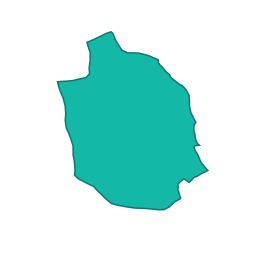 Isoko South, Delta, Nigeria (orthographic projection), rotated 312°
{"feature_id": "59680162B89324456878264", "entity_name": "Isoko South", "entity_type": "district", "adm_level": 2, "iso_a3": "NGA", "parent_name": "Nigeria", "parent_adm1": "Delta", "projection": "orthographic", "projection_center": [6.236, 5.389], "detail": "fine", "context": "isolated", "style": "filled", "palette": "teal", "viewbox_px": 256, "rotation_deg": 312, "n_neighbors": 0, "source": "geoboundaries", "source_scale": "gbopen_adm2", "svg_char_len": 1532}
<svg xmlns="http://www.w3.org/2000/svg" viewBox="0 0 256 256"><g transform="rotate(312 128 128)"><path d="M149.8,215.8L151.2,205.6L155.0,197.4L156.1,193.2L157.3,190.3L159.3,189.4L161.1,191.0L162.9,192.6L162.9,190.2L163.7,187.9L164.6,186.2L165.6,184.8L166.3,183.8L167.9,182.2L169.1,180.4L169.4,179.9L170.2,178.6L171.8,177.1L173.3,176.0L175.2,175.0L177.5,174.7L181.4,164.6L185.3,159.2L189.8,155.0L193.1,151.4L194.5,147.8L195.2,145.7L195.8,139.6L194.9,137.4L194.7,134.4L194.3,127.8L194.4,125.4L195.4,123.0L195.3,119.1L196.0,113.9L196.2,111.5L196.3,109.0L197.0,106.8L198.9,104.8L195.6,95.0L193.7,91.1L190.8,85.7L183.5,77.3L181.8,71.6L182.1,69.7L183.8,63.8L184.5,61.4L185.8,58.1L188.2,53.7L188.1,51.0L183.7,48.5L171.5,43.6L164.2,40.2L161.6,44.4L158.7,49.4L152.8,54.7L149.4,57.0L146.4,59.1L142.6,63.1L137.4,63.1L131.9,59.0L127.4,56.1L122.3,51.6L120.2,49.5L118.2,47.5L115.2,44.7L112.3,48.9L109.4,54.2L106.8,59.9L104.7,63.0L102.5,66.4L97.0,72.1L91.7,76.2L86.9,81.9L84.0,88.4L81.4,93.3L77.8,99.3L72.3,104.4L72.2,104.4L71.4,105.1L67.0,110.8L61.2,116.9L57.1,119.9L57.1,125.2L59.4,134.2L60.6,138.4L61.6,141.7L60.8,148.0L60.9,152.9L60.5,158.6L60.9,166.5L63.2,171.1L67.2,177.7L68.3,179.5L73.2,186.8L78.0,192.4L83.2,199.2L87.6,205.2L91.3,209.3L96.9,211.5L101.5,211.9L104.7,212.2L107.6,213.2L110.8,214.4L114.0,209.0L116.1,205.6L117.8,205.1L118.2,204.0L119.4,202.9L121.7,202.6L124.7,203.1L127.1,203.5L127.7,203.6L128.3,208.4L128.5,209.9L135.8,210.2L138.5,211.8L141.7,212.6L149.8,215.8Z" fill="#14b8a6" stroke="#0f766e" stroke-width="1.5"/></g></svg>